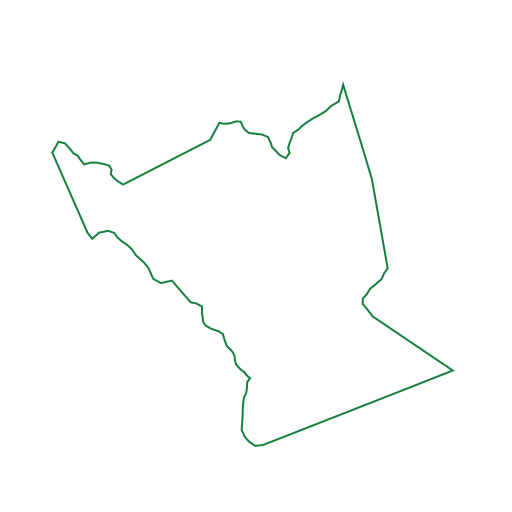 outline of Gurjão, Paraíba, Brazil, rotated 67°
{"feature_id": "56859067B53203930755838", "entity_name": "Gurjão", "entity_type": "district", "adm_level": 2, "iso_a3": "BRA", "parent_name": "Brazil", "parent_adm1": "Paraíba", "projection": "equal_earth", "projection_center": [-36.483, -7.267], "detail": "fine", "context": "isolated", "style": "outline", "palette": "green", "viewbox_px": 512, "rotation_deg": 67, "n_neighbors": 0, "source": "geoboundaries", "source_scale": "gbopen_adm2", "svg_char_len": 1585}
<svg xmlns="http://www.w3.org/2000/svg" viewBox="0 0 512 512"><g transform="rotate(67 256 256)"><path d="M438.3,119.6L357.4,172.1L346.0,175.1L341.7,176.5L337.0,174.4L334.4,168.9L330.7,163.7L328.7,156.8L326.5,149.7L322.0,144.8L318.8,139.6L230.6,119.3L193.6,115.2L132.4,108.9L137.8,113.0L140.9,115.7L146.0,119.3L147.3,128.3L149.9,135.2L151.1,143.7L151.5,149.4L152.7,156.0L154.3,162.9L156.1,167.2L157.2,173.7L162.1,177.9L165.6,181.4L169.0,184.2L174.1,184.7L177.7,190.3L172.2,194.8L168.4,196.2L162.1,198.7L157.6,198.2L151.1,198.5L146.5,203.1L143.0,209.1L140.1,214.4L135.2,217.0L131.3,217.6L126.4,217.6L124.3,221.7L123.7,228.3L121.8,233.7L119.1,237.6L131.2,252.9L138.3,350.5L132.5,354.4L128.2,356.4L123.8,357.7L120.0,355.2L115.4,355.9L111.9,360.1L107.6,366.5L105.2,372.5L104.6,378.3L99.3,379.9L93.8,381.0L90.3,383.9L84.5,385.4L77.5,387.9L73.7,393.3L78.3,399.1L81.2,403.1L168.6,402.0L176.1,400.1L173.2,391.1L175.1,382.1L179.6,377.4L184.9,376.3L190.3,373.6L194.5,370.9L198.0,369.0L202.5,367.3L207.8,366.5L218.6,361.5L225.7,359.6L232.4,359.6L237.1,359.4L243.8,354.0L245.8,343.0L273.2,334.2L276.3,329.5L281.4,325.5L286.9,327.8L292.3,329.3L296.1,330.4L299.9,329.7L304.5,326.5L307.8,323.2L310.9,319.6L314.9,317.0L321.2,317.8L327.6,318.0L332.0,316.1L335.6,315.0L339.5,314.8L343.7,316.1L348.1,316.7L353.7,314.8L358.8,312.0L362.6,311.0L366.3,309.3L368.6,313.4L373.7,315.8L378.3,318.6L381.6,322.4L386.6,325.4L390.9,327.6L395.1,329.5L400.8,332.2L405.7,334.7L410.6,337.2L418.5,336.9L423.9,335.0L430.5,330.9L432.7,323.5L437.0,169.7L438.3,119.6Z" fill="none" stroke="#15803d" stroke-width="2"/></g></svg>